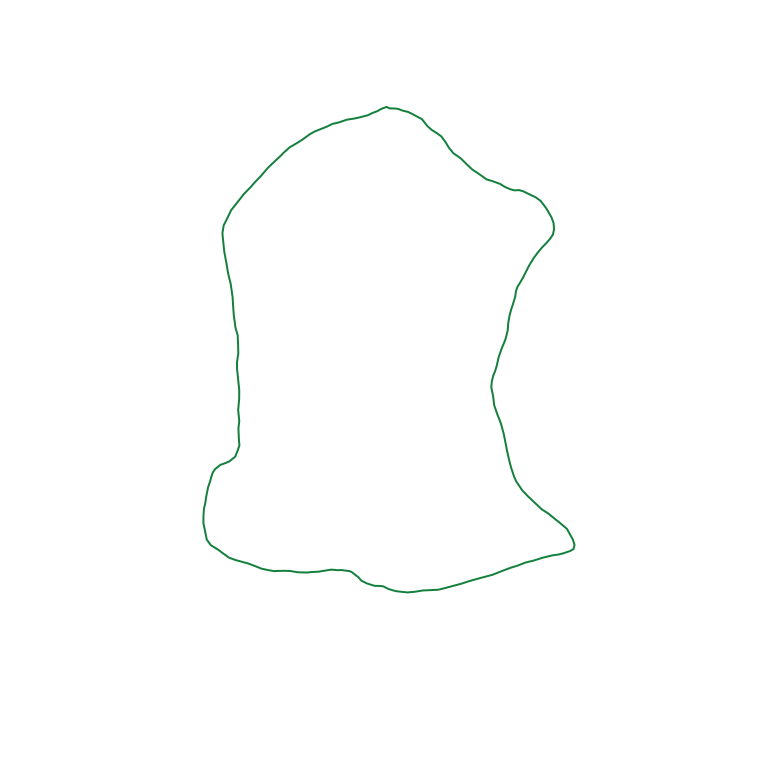 Faadhippolhu, Maldives, rotated 233°
{"feature_id": "70690204B52357859866053", "entity_name": "Faadhippolhu", "entity_type": "district", "adm_level": 2, "iso_a3": "MDV", "parent_name": "Maldives", "parent_adm1": "", "projection": "orthographic", "projection_center": [73.502, 5.401], "detail": "fine", "context": "isolated", "style": "outline", "palette": "green", "viewbox_px": 768, "rotation_deg": 233, "n_neighbors": 0, "source": "geoboundaries", "source_scale": "gbopen_adm2", "svg_char_len": 2662}
<svg xmlns="http://www.w3.org/2000/svg" viewBox="0 0 768 768"><g transform="rotate(233 384 384)"><path d="M426.5,619.3L435.8,619.3L442.1,617.4L448.1,614.2L454.4,611.0L457.7,608.4L460.0,604.9L463.3,602.2L468.8,599.1L474.0,597.1L480.6,592.8L485.6,589.1L494.4,586.3L502.2,583.6L510.2,582.2L518.0,581.1L526.5,578.3L533.8,578.0L539.8,578.7L547.2,578.8L552.8,577.1L558.3,575.0L563.6,573.9L572.6,573.7L577.4,571.5L582.6,569.1L586.6,567.1L591.0,563.5L595.5,560.6L598.2,557.6L600.9,554.2L603.7,552.9L605.4,547.2L605.9,542.9L607.4,537.9L608.3,533.0L611.2,525.9L614.0,519.8L617.4,513.5L620.2,505.0L622.8,499.3L623.9,493.4L625.9,486.0L627.4,480.5L628.1,475.2L628.3,465.9L628.8,459.5L629.8,451.2L629.1,443.0L628.3,437.9L627.3,427.8L626.4,420.9L624.2,410.9L622.9,402.7L621.5,396.0L620.1,386.8L617.0,375.0L614.8,366.5L610.8,358.8L607.2,351.5L601.7,345.7L595.0,341.6L585.5,335.9L574.8,330.6L566.4,326.2L556.2,321.8L544.4,315.3L536.1,309.8L529.1,305.3L518.2,299.2L511.0,296.5L504.0,291.7L495.9,285.9L490.0,279.8L484.0,275.4L479.1,272.5L472.7,268.6L466.5,264.9L459.4,259.5L450.9,251.8L441.6,246.2L436.0,240.9L427.7,235.2L422.0,231.6L419.2,227.5L415.5,221.4L415.3,213.5L416.3,209.8L417.9,204.6L417.7,198.0L416.3,193.9L414.3,190.9L411.0,186.7L407.4,181.4L401.2,174.4L397.0,170.2L392.5,164.9L386.9,160.1L381.5,156.0L374.9,152.9L366.4,148.8L359.4,148.7L351.6,151.8L345.4,153.6L338.6,155.7L332.6,159.6L322.4,167.5L314.8,172.3L310.3,175.0L305.4,179.2L300.7,183.6L297.4,188.4L294.1,192.9L291.2,196.4L285.6,201.8L280.0,208.7L277.2,213.3L273.6,218.6L272.1,221.5L267.4,230.3L263.4,234.7L260.4,238.7L255.2,243.9L253.3,245.0L244.9,247.3L240.5,247.6L234.9,250.4L228.5,255.0L225.3,259.0L222.9,261.6L217.3,264.4L211.4,268.8L203.5,277.2L199.5,283.6L195.6,291.0L191.6,296.8L186.9,303.8L184.0,310.6L181.7,316.4L178.1,325.2L175.5,332.8L173.1,339.1L170.4,345.8L166.3,355.9L163.5,366.2L160.9,374.9L158.6,381.2L156.2,389.7L153.1,396.8L149.6,406.6L145.9,415.1L143.1,420.2L140.9,425.2L138.6,432.2L138.2,436.1L140.8,439.3L146.0,441.2L158.3,442.9L165.9,441.2L174.5,439.0L181.3,437.4L188.8,434.6L206.8,431.5L215.9,430.4L226.8,431.0L232.2,432.3L241.1,435.3L248.9,438.6L257.1,442.3L264.2,445.8L272.1,449.6L277.4,451.7L282.3,453.7L291.0,456.1L300.7,459.2L305.1,461.8L308.6,463.8L316.8,467.7L321.1,471.6L324.7,476.0L327.7,480.9L331.1,485.5L336.4,491.7L341.5,499.3L344.6,504.6L346.9,508.3L352.3,515.0L358.1,520.1L363.2,525.6L366.9,530.3L369.7,534.4L374.9,541.5L378.8,545.3L381.4,549.3L382.6,552.6L385.5,559.5L388.4,565.3L391.2,571.0L394.4,579.1L396.3,585.4L397.8,591.6L398.9,598.9L400.0,603.7L401.6,608.8L405.2,612.9L410.5,616.3L416.5,618.1L426.5,619.3Z" fill="none" stroke="#15803d" stroke-width="2"/></g></svg>